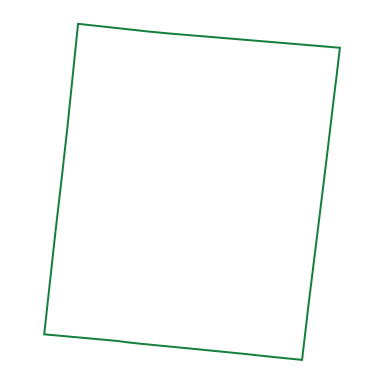 Guilford, North Carolina, United States of America (Natural Earth projection), rotated 274°
{"feature_id": "52423323B75500493210020", "entity_name": "Guilford", "entity_type": "district", "adm_level": 2, "iso_a3": "USA", "parent_name": "United States of America", "parent_adm1": "North Carolina", "projection": "natural_earth1", "projection_center": [-79.836, 36.079], "detail": "fine", "context": "isolated", "style": "outline", "palette": "green", "viewbox_px": 384, "rotation_deg": 274, "n_neighbors": 0, "source": "geoboundaries", "source_scale": "gbopen_adm2", "svg_char_len": 559}
<svg xmlns="http://www.w3.org/2000/svg" viewBox="0 0 384 384"><g transform="rotate(274 192 192)"><path d="M346.2,329.5L348.5,159.8L348.5,159.2L349.0,139.8L349.1,135.6L351.8,66.6L247.4,63.2L217.0,61.9L216.9,61.9L197.4,61.1L195.6,61.0L143.8,58.6L40.1,54.5L39.7,54.5L38.2,127.8L37.7,135.6L37.6,137.3L37.5,139.7L37.1,149.2L34.5,244.1L34.3,250.2L34.3,251.4L33.0,286.5L32.8,294.4L32.6,298.9L32.6,300.8L32.2,313.5L78.6,315.7L83.6,315.9L85.5,316.0L208.5,322.6L239.6,324.2L311.0,327.7L311.1,327.8L346.2,329.5Z" fill="none" stroke="#15803d" stroke-width="2"/></g></svg>